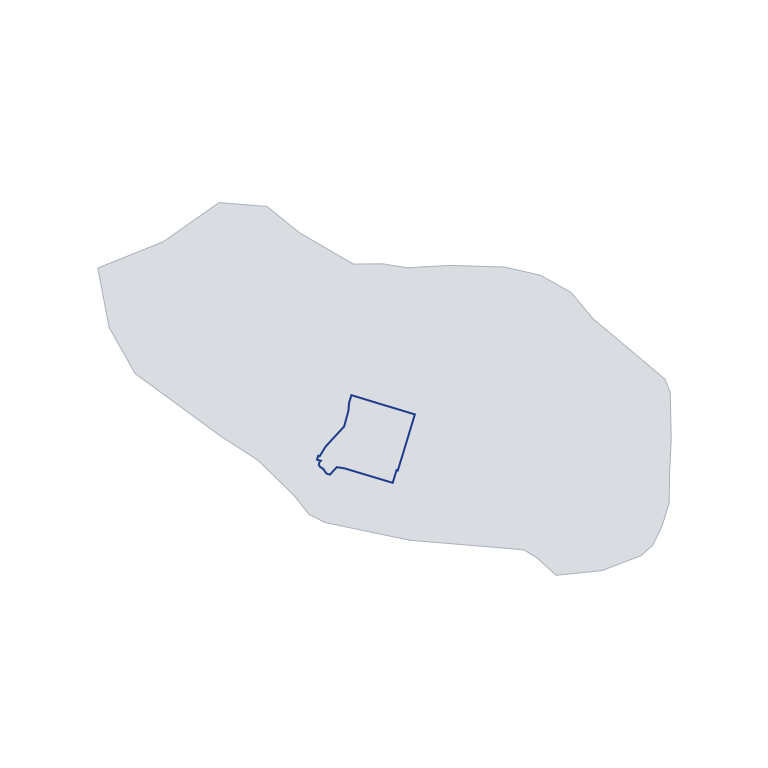 85, Ar Rayyān, Qatar shown in context, rotated 287°
{"feature_id": "91078587B12839905472934", "entity_name": "85", "entity_type": "district", "adm_level": 2, "iso_a3": "QAT", "parent_name": "Qatar", "parent_adm1": "Ar Rayyān", "projection": "albers", "projection_center": [50.97, 25.364], "detail": "fine", "context": "in_parent", "style": "outline", "palette": "blue", "viewbox_px": 768, "rotation_deg": 287, "n_neighbors": 0, "source": "geoboundaries", "source_scale": "gbopen_adm2", "svg_char_len": 971}
<svg xmlns="http://www.w3.org/2000/svg" viewBox="0 0 768 768"><g transform="rotate(287 384 384)"><path d="M414.5,675.0L382.9,683.0L353.1,691.6L328.2,691.4L308.2,688.0L294.9,679.8L269.4,647.1L251.4,604.6L262.5,581.0L266.3,566.2L242.1,454.3L234.3,368.4L237.2,350.8L251.1,330.6L274.2,285.8L286.5,242.7L321.2,143.0L357.7,104.6L411.2,76.4L455.5,131.3L509.2,173.2L519.6,220.2L504.0,258.5L489.7,319.5L498.5,347.5L501.8,371.8L516.7,412.4L531.1,465.2L533.7,502.0L526.2,536.2L507.5,564.9L470.8,651.2L459.7,660.2L414.5,675.0Z" fill="#d9dde1" stroke="#a8b0b8" stroke-width="1"/><path d="M292.0,421.2L305.3,421.2L305.3,422.5L326.8,422.5L363.9,422.4L363.9,405.9L363.8,386.2L363.8,356.1L355.7,356.1L348.1,357.8L331.7,358.3L315.4,350.4L306.9,346.4L296.1,343.6L296.1,342.0L292.1,342.0L292.1,346.0L290.3,345.1L287.7,345.2L286.0,347.1L285.5,349.4L284.6,351.3L282.4,354.0L281.6,355.0L281.5,358.8L290.7,363.2L291.8,371.1L292.0,421.2Z" fill="none" stroke="#1e3a8a" stroke-width="2"/></g></svg>